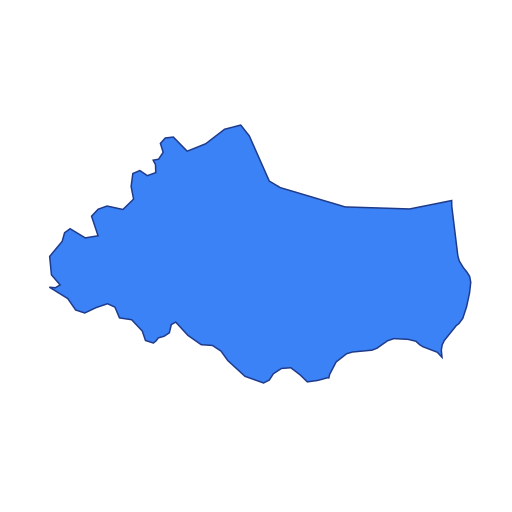 Dobrich, Mercator projection, rotated 352°
{"feature_id": "BGR-2259", "entity_name": "Dobrich", "entity_type": "Province", "adm_level": 1, "iso_a3": "BGR", "parent_name": "Bulgaria", "parent_adm1": "", "projection": "mercator", "projection_center": [27.865, 43.673], "detail": "fine", "context": "isolated", "style": "filled", "palette": "blue", "viewbox_px": 512, "rotation_deg": 352, "n_neighbors": 0, "source": "natural_earth", "source_scale": "10m", "svg_char_len": 1369}
<svg xmlns="http://www.w3.org/2000/svg" viewBox="0 0 512 512"><g transform="rotate(352 256 256)"><path d="M190.7,126.7L202.4,142.6L221.9,137.8L242.5,126.1L259.1,124.2L266.1,136.2L279.6,183.7L289.6,191.7L351.1,219.8L414.7,230.8L457.5,228.3L456.8,234.0L455.9,283.9L456.6,289.2L459.7,296.4L462.7,301.4L464.7,305.9L465.0,311.9L462.3,322.4L457.5,335.5L452.1,346.5L447.6,351.1L444.6,352.8L430.7,365.9L428.0,369.9L426.4,375.0L426.1,382.2L422.1,376.5L408.7,369.1L405.8,366.7L402.5,362.7L395.0,359.7L381.0,357.0L374.3,358.3L363.1,364.1L357.7,365.4L338.2,364.5L332.1,365.4L320.6,372.1L312.5,383.4L311.1,386.9L310.2,386.5L299.8,387.8L289.3,387.8L283.1,379.8L274.9,371.5L265.5,370.9L256.8,375.0L251.9,380.7L245.8,382.8L228.3,373.6L213.5,355.6L208.1,345.3L200.4,338.5L189.4,336.2L177.5,325.1L167.3,310.3L162.6,312.1L159.5,320.0L153.8,322.7L147.8,323.5L145.4,326.0L142.3,327.9L134.8,324.3L132.9,314.4L124.0,301.8L112.2,298.3L109.2,287.0L102.3,282.6L90.3,284.9L78.5,288.6L69.9,284.4L63.7,272.0L47.0,258.1L52.8,259.5L58.0,257.4L50.8,246.2L51.6,227.7L66.1,214.5L69.7,206.3L75.7,203.1L89.4,214.3L102.4,214.0L98.7,193.7L106.2,187.7L115.5,185.8L130.7,191.4L142.7,182.6L142.0,169.8L145.5,157.2L152.9,155.2L159.6,161.3L168.3,159.5L169.2,151.6L167.5,146.8L173.0,146.6L178.5,140.4L177.0,131.2L182.6,126.5L190.6,126.7L190.7,126.7Z" fill="#3b82f6" stroke="#1e3a8a" stroke-width="1.5"/></g></svg>